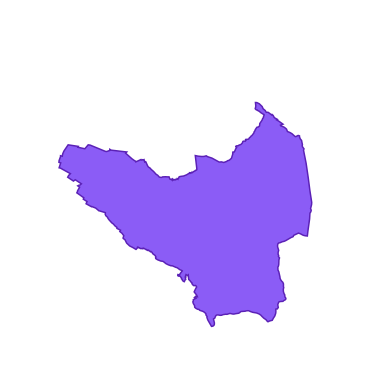 outline of Joseni, Harghita, Romania, rotated 208°
{"feature_id": "2599482B15919593836564", "entity_name": "Joseni", "entity_type": "district", "adm_level": 2, "iso_a3": "ROU", "parent_name": "Romania", "parent_adm1": "Harghita", "projection": "robinson", "projection_center": [25.38, 46.684], "detail": "fine", "context": "isolated", "style": "filled", "palette": "violet", "viewbox_px": 384, "rotation_deg": 208, "n_neighbors": 0, "source": "geoboundaries", "source_scale": "gbopen_adm2", "svg_char_len": 6010}
<svg xmlns="http://www.w3.org/2000/svg" viewBox="0 0 384 384"><g transform="rotate(208 192 192)"><path d="M178.0,300.8L176.2,298.1L175.6,296.7L175.4,295.4L175.1,295.1L174.2,294.8L173.3,294.8L173.1,295.0L172.5,294.8L170.3,294.8L168.9,294.4L165.4,294.1L164.8,294.2L164.4,293.6L164.3,292.3L163.9,291.3L164.1,289.9L163.9,288.8L163.9,288.2L164.3,284.3L163.4,282.1L163.9,280.6L165.1,279.6L165.4,276.9L165.2,275.3L165.4,274.3L165.1,273.2L165.6,270.0L166.1,269.1L166.2,268.1L166.8,266.8L166.7,265.9L167.1,265.0L169.3,263.6L169.3,263.3L168.6,262.9L168.9,261.8L169.5,261.6L170.6,260.9L170.8,260.4L170.6,259.4L170.6,258.7L171.1,257.0L172.7,255.2L173.0,254.5L174.4,253.6L174.8,252.8L174.6,252.5L173.8,252.5L173.5,252.3L173.5,251.9L173.7,250.4L173.5,249.2L173.5,247.4L173.7,246.9L174.6,246.6L174.4,245.5L173.9,245.0L173.0,240.3L174.0,237.6L175.3,236.3L175.8,235.2L177.8,233.0L180.2,232.4L181.8,231.3L182.6,231.2L190.3,231.3L194.3,230.6L195.6,230.5L196.1,230.7L196.8,230.3L198.0,229.1L200.1,227.9L203.5,226.5L206.2,225.7L199.0,215.3L198.3,214.1L198.3,213.6L199.1,212.7L199.3,212.3L199.2,212.1L200.3,210.6L200.8,209.3L201.2,208.9L201.3,209.0L201.3,208.8L202.1,208.4L202.1,208.2L202.4,208.3L202.6,208.1L202.9,208.0L202.8,207.9L203.0,207.8L202.9,207.3L203.4,207.1L204.8,204.7L206.9,202.2L209.4,200.4L210.2,199.7L210.5,199.2L210.3,197.5L210.4,197.1L211.1,197.0L210.8,196.6L211.1,196.6L211.3,196.2L212.0,196.0L212.0,195.7L212.0,195.4L212.1,195.1L212.8,195.1L213.2,194.4L213.8,194.3L214.0,194.0L214.1,194.3L214.5,194.1L214.6,194.3L215.2,194.4L215.1,194.1L215.6,193.9L215.5,193.6L215.8,193.8L216.2,193.7L216.1,193.2L217.7,193.1L219.4,194.6L220.2,194.1L222.6,193.0L225.1,191.5L225.6,190.7L226.3,190.3L227.8,189.8L230.2,190.7L232.0,190.8L235.6,192.1L238.7,192.8L240.1,193.4L242.3,193.6L243.4,194.2L247.0,197.0L247.3,197.0L247.6,196.3L247.8,196.2L249.6,198.1L250.2,197.3L250.7,197.4L251.8,196.4L252.3,196.7L255.7,192.3L256.0,192.7L257.6,192.7L260.5,193.1L268.8,195.1L268.4,196.7L283.0,191.0L284.6,191.1L284.4,190.7L283.9,190.3L286.3,187.7L287.6,187.2L303.9,185.6L305.3,185.1L305.8,184.9L306.9,179.9L313.8,177.9L313.8,178.9L323.5,175.5L324.3,168.1L324.1,165.3L323.7,163.6L323.3,162.7L325.1,162.3L324.7,161.5L324.1,157.3L323.4,155.7L321.6,156.1L320.7,151.0L319.3,151.3L308.0,151.1L308.7,148.7L308.7,146.7L301.8,146.0L300.8,148.0L293.5,147.3L294.1,145.7L295.3,144.6L295.8,143.8L293.5,143.5L293.6,139.3L293.4,139.0L293.3,137.2L284.8,136.1L284.6,134.6L280.2,134.3L280.0,131.9L273.8,131.8L273.7,132.1L269.5,132.6L265.4,131.7L265.3,131.8L258.8,133.1L258.1,131.5L256.9,130.6L254.6,130.0L254.0,129.4L252.5,128.6L248.4,127.1L246.3,126.8L244.1,125.9L241.7,125.5L241.2,124.6L237.2,124.7L237.2,123.2L234.5,122.7L231.7,121.4L231.3,119.1L231.0,118.7L228.8,118.4L225.7,116.2L221.7,115.1L218.0,115.2L214.5,115.0L214.4,115.1L214.1,116.6L213.8,117.2L213.9,117.4L214.0,117.3L214.1,117.5L213.8,117.6L213.8,118.0L213.2,117.8L212.5,117.8L212.1,118.1L211.7,117.9L210.8,117.9L210.1,118.4L209.3,118.5L209.1,118.7L209.0,119.2L208.7,119.2L208.6,119.4L208.3,119.3L208.1,119.7L206.5,119.6L205.2,119.8L205.1,119.6L204.7,119.8L204.0,119.5L203.5,120.0L203.2,119.9L202.9,120.2L202.6,120.0L201.8,120.0L200.6,119.7L200.3,120.2L200.0,120.1L198.8,119.9L198.1,119.3L197.3,119.0L195.1,118.7L194.3,118.4L193.5,117.8L193.6,117.4L193.2,117.2L193.0,116.5L192.8,116.2L190.6,116.0L187.1,116.4L185.2,117.1L184.5,117.1L181.3,116.5L178.5,116.6L175.9,117.0L174.8,117.6L170.8,117.9L169.5,118.2L166.4,117.7L164.0,117.9L163.6,117.8L164.2,113.9L164.0,113.0L165.7,112.5L165.4,111.6L164.6,111.3L163.9,111.8L162.7,111.9L160.9,111.1L160.6,110.4L159.6,110.2L158.8,109.4L157.6,109.1L156.7,109.2L156.8,111.4L156.5,111.8L157.6,113.2L157.4,113.2L157.5,114.2L158.3,114.8L158.5,116.3L156.7,116.1L156.4,117.0L153.8,113.2L152.1,112.8L151.2,112.2L149.5,111.8L149.0,111.0L147.1,110.2L146.2,110.2L145.3,111.0L144.4,111.0L143.3,110.3L143.4,108.3L143.2,104.8L139.4,103.1L138.0,102.0L139.1,101.2L139.8,101.5L140.3,99.9L138.7,99.9L140.3,97.5L139.7,96.5L139.7,95.4L138.4,94.1L136.4,92.9L135.5,91.5L133.9,91.1L132.1,91.1L130.6,91.6L129.8,91.2L129.3,91.2L126.5,91.7L125.2,91.7L122.8,91.2L121.8,89.9L120.2,89.1L119.9,88.2L117.9,86.4L111.7,82.5L111.1,82.9L110.3,83.8L110.0,85.0L110.2,85.8L110.8,87.0L113.4,89.9L113.4,90.2L112.7,91.2L112.9,93.5L112.7,94.6L112.0,95.3L111.3,95.7L109.3,96.3L108.0,97.1L107.0,98.3L104.9,99.9L103.7,100.4L101.5,102.6L98.4,103.5L97.3,104.2L96.4,105.0L94.1,106.7L93.3,107.7L93.0,108.8L92.6,109.5L89.1,111.7L88.2,112.6L87.0,113.4L86.1,113.8L84.3,113.9L81.8,114.3L78.2,115.5L75.4,115.8L73.5,115.6L71.8,115.0L69.3,114.3L66.7,114.0L64.6,113.1L64.1,113.1L63.6,113.5L63.1,114.4L60.9,116.4L60.9,118.9L60.7,120.9L60.7,121.9L60.9,122.4L61.0,123.7L61.6,125.4L63.0,127.9L62.7,128.3L61.8,128.8L61.6,130.5L63.4,132.8L63.7,135.2L63.6,135.7L63.4,136.1L62.1,137.1L60.4,138.1L60.0,139.2L59.0,140.7L58.9,141.2L59.0,141.8L59.3,142.3L60.7,143.0L62.0,144.9L63.1,145.5L64.7,147.2L65.8,149.2L66.1,150.6L66.9,151.5L68.1,153.8L69.4,154.9L71.0,155.4L72.4,156.1L73.8,157.2L74.3,158.1L77.9,162.3L79.5,163.5L80.9,165.9L80.9,167.1L81.1,167.9L81.4,168.8L83.4,172.9L83.8,174.9L85.4,175.6L85.7,176.7L86.7,177.4L87.6,179.1L88.1,181.2L90.7,183.8L91.5,185.3L91.8,186.6L91.8,187.0L91.4,187.8L90.5,188.5L89.0,190.4L87.5,191.7L86.4,193.1L83.1,198.4L81.9,199.8L81.7,200.3L81.9,201.2L81.7,201.7L78.7,205.7L76.7,206.0L73.5,206.0L71.5,206.5L69.5,207.3L71.2,211.6L75.5,223.4L77.9,228.6L77.8,230.4L78.2,231.9L79.5,233.0L80.5,237.0L81.4,239.0L88.5,248.5L96.1,259.2L104.7,270.9L113.1,281.2L113.4,282.7L115.7,283.8L116.5,284.8L116.7,285.6L119.5,289.0L121.3,289.7L122.9,291.1L123.4,292.0L124.1,292.0L124.9,291.7L126.3,289.7L126.9,289.4L127.6,289.5L131.1,290.4L133.5,290.5L136.1,290.2L138.1,291.9L139.3,292.2L141.0,292.5L142.4,292.4L144.7,292.1L145.3,292.5L143.5,294.6L148.7,295.3L151.1,295.4L150.7,296.2L154.2,296.3L156.3,297.7L157.6,298.0L157.6,297.4L162.0,298.1L162.9,297.8L163.7,297.3L164.4,297.5L165.5,298.3L168.3,298.9L170.2,300.4L174.0,301.5L176.7,301.4L178.0,300.8Z" fill="#8b5cf6" stroke="#5b21b6" stroke-width="1.5"/></g></svg>